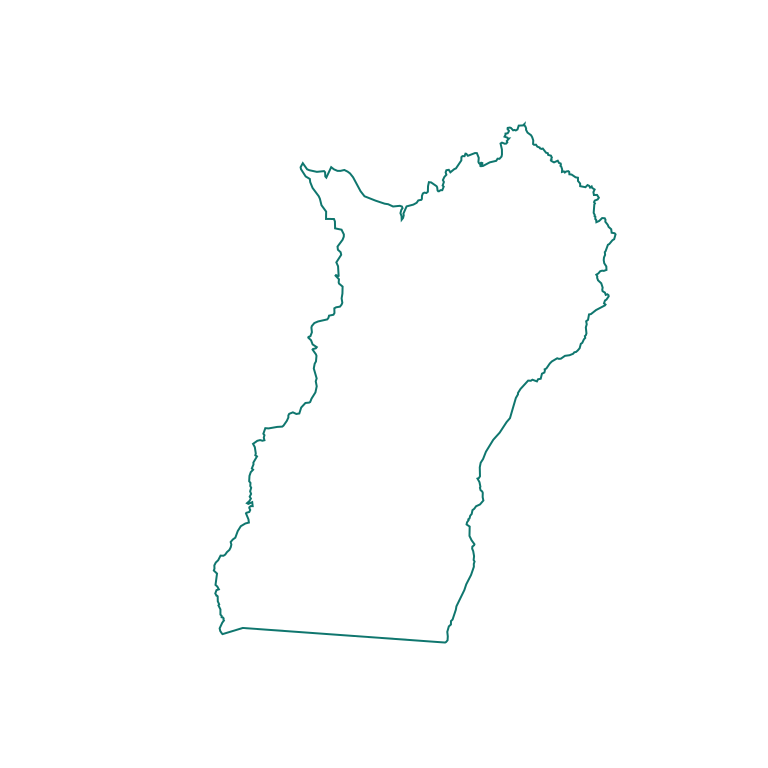 Datem del Marañon, Loreto, Peru (Robinson projection), rotated 205°
{"feature_id": "86281439B19525046252167", "entity_name": "Datem del Marañon", "entity_type": "district", "adm_level": 2, "iso_a3": "PER", "parent_name": "Peru", "parent_adm1": "Loreto", "projection": "robinson", "projection_center": [-76.806, -4.129], "detail": "fine", "context": "isolated", "style": "outline", "palette": "teal", "viewbox_px": 768, "rotation_deg": 205, "n_neighbors": 0, "source": "geoboundaries", "source_scale": "gbopen_adm2", "svg_char_len": 6161}
<svg xmlns="http://www.w3.org/2000/svg" viewBox="0 0 768 768"><g transform="rotate(205 384 384)"><path d="M458.2,302.4L462.6,300.0L469.8,295.0L472.9,293.8L472.3,287.9L470.7,287.1L470.3,284.6L468.6,282.5L470.2,281.2L472.6,280.8L474.8,279.0L477.4,274.4L474.4,272.2L470.8,266.8L470.5,265.0L468.5,264.7L469.2,257.6L468.3,256.0L468.1,251.6L466.4,251.0L467.5,247.8L467.1,243.9L465.1,238.9L463.2,237.9L462.1,235.0L460.5,233.8L460.0,230.2L458.0,228.2L458.1,225.1L456.2,223.9L456.6,220.8L457.8,218.1L456.3,218.0L453.5,221.2L451.4,217.8L453.2,217.0L453.9,215.6L453.8,214.8L452.0,213.3L452.0,211.1L454.3,209.1L454.4,208.4L449.6,204.0L447.9,201.3L450.7,199.0L453.7,194.6L454.4,188.9L453.8,181.9L455.3,179.2L456.2,176.0L454.5,174.0L453.9,171.2L454.0,168.3L455.3,165.2L455.8,162.3L456.9,160.5L459.6,159.4L459.8,154.2L461.0,151.1L461.1,147.9L459.6,145.0L459.4,143.0L455.2,141.6L451.8,130.7L449.5,130.0L446.9,128.1L448.7,126.4L448.4,122.9L446.3,121.3L445.6,121.6L444.9,121.1L442.8,116.8L440.2,114.6L440.5,113.4L437.0,110.6L434.8,105.9L433.1,105.2L432.6,104.0L431.3,104.3L430.3,103.8L429.8,102.4L429.1,102.0L429.7,99.4L429.7,93.1L428.0,90.9L425.3,89.3L424.6,89.1L408.9,103.2L227.2,172.5L219.4,175.5L218.7,176.4L218.1,178.6L219.5,182.2L221.9,186.1L222.8,191.7L221.7,194.3L223.1,197.4L222.3,199.5L223.5,209.8L224.4,213.1L224.1,231.2L224.8,237.2L224.4,247.7L225.3,256.3L226.6,258.9L226.9,261.4L228.4,262.4L229.6,266.0L232.5,270.2L234.5,272.0L235.2,274.0L234.2,276.0L234.3,277.0L238.6,279.4L242.3,282.4L246.1,291.0L249.8,291.6L250.3,293.7L249.8,296.4L250.4,297.0L249.7,298.3L250.2,301.1L249.6,303.2L250.5,307.1L249.5,309.0L248.9,312.1L246.1,315.4L244.7,320.4L246.8,323.2L248.5,327.1L249.6,328.1L251.6,328.6L253.2,330.5L253.2,331.6L256.0,335.4L259.3,337.8L258.3,338.8L258.0,340.9L262.0,349.0L263.1,353.5L262.5,357.9L263.0,365.7L261.4,379.7L258.6,388.8L256.8,401.3L255.4,406.3L258.6,427.1L258.2,431.3L258.8,432.4L258.2,437.2L254.8,448.0L252.3,449.0L251.3,450.6L246.5,451.0L246.4,453.4L244.2,455.0L245.2,460.1L243.5,462.2L243.9,464.3L244.6,465.2L243.4,466.7L242.4,472.7L241.4,475.4L237.9,480.5L236.1,480.7L234.4,481.7L231.9,486.0L228.0,488.5L225.4,491.3L224.9,493.2L223.5,494.2L222.6,496.2L221.8,499.1L222.6,503.6L221.7,505.1L221.7,509.0L221.1,510.8L222.2,512.3L221.7,513.5L221.9,515.4L225.0,520.6L225.5,523.8L227.3,526.3L226.2,528.4L227.6,533.7L226.0,534.8L223.1,540.6L217.0,548.6L216.8,549.6L218.7,550.1L219.0,553.1L218.1,554.4L217.4,558.4L218.1,559.4L219.5,559.7L220.7,558.5L222.4,560.2L225.1,560.5L226.0,561.6L226.6,563.8L229.7,567.1L233.8,568.4L235.7,570.3L236.2,571.7L237.8,572.8L236.5,574.7L235.7,577.6L234.2,578.9L232.6,579.4L230.6,581.4L232.2,584.5L235.4,586.5L237.2,589.1L238.1,591.6L238.2,594.5L239.6,596.8L239.3,598.0L239.9,604.8L239.0,606.0L237.7,610.9L236.6,612.5L237.4,617.5L238.7,618.1L241.6,617.3L243.5,620.3L246.8,621.3L248.6,622.9L252.0,624.6L252.7,626.5L254.0,627.5L256.4,626.6L257.9,622.7L259.9,620.4L261.1,622.4L262.2,622.8L263.2,625.0L264.1,625.1L264.5,626.3L266.3,627.7L269.3,635.7L269.1,636.8L270.5,637.6L270.5,639.3L268.4,641.5L268.0,643.6L270.8,645.4L273.6,644.0L275.3,646.4L275.3,649.3L278.2,649.7L279.3,650.8L280.2,649.1L281.8,650.3L283.6,650.3L284.6,647.5L289.8,646.2L291.0,648.6L294.0,650.0L295.4,652.9L297.7,652.3L302.5,653.1L304.6,652.4L305.8,654.5L306.9,654.8L308.7,653.6L309.5,652.1L310.9,652.7L312.3,651.4L313.3,653.9L315.4,656.1L316.3,656.3L316.5,657.8L317.1,658.5L318.8,658.3L320.9,659.8L323.6,656.7L326.7,656.9L327.4,657.4L327.1,658.5L327.7,659.3L327.6,660.2L329.2,661.5L332.0,661.0L333.1,662.4L334.9,662.1L339.6,664.5L340.6,663.6L342.3,663.5L342.9,664.1L345.3,663.9L347.4,665.1L349.1,664.2L350.3,664.5L351.7,667.9L354.0,670.3L355.8,671.6L360.2,672.5L362.7,674.4L363.2,675.7L364.9,677.3L366.3,677.6L366.6,678.9L367.3,677.1L371.1,675.1L370.6,671.1L371.7,669.5L373.1,669.4L374.2,668.5L377.1,669.7L378.3,669.6L380.1,668.4L379.8,667.3L377.8,666.3L377.6,665.5L377.9,663.5L379.7,662.3L379.2,661.2L379.3,659.1L376.3,659.4L375.4,658.8L374.5,659.3L375.4,656.1L374.4,655.2L374.8,653.6L376.1,652.8L379.1,652.6L380.0,651.2L376.2,646.3L374.1,641.9L373.6,639.8L374.5,636.9L376.3,636.2L376.6,633.7L381.8,629.6L386.4,623.5L388.3,622.3L388.9,622.4L389.0,623.4L387.9,624.9L388.3,625.8L389.5,625.6L390.4,624.0L391.3,624.3L392.3,625.2L393.7,629.0L397.4,632.5L399.1,631.8L404.4,626.3L406.7,627.4L407.5,627.2L407.3,624.5L409.2,623.7L409.7,622.3L408.4,619.3L409.9,609.8L411.1,608.5L413.3,603.9L415.8,605.5L417.8,604.1L417.6,601.9L415.9,600.0L416.8,597.1L416.8,593.7L415.1,592.4L414.7,588.6L413.3,588.1L413.1,584.3L414.7,583.5L415.6,581.9L416.3,581.6L417.2,582.0L419.0,584.8L420.0,585.5L426.5,586.6L428.6,585.9L427.7,581.9L425.5,576.8L426.3,575.0L428.3,574.5L429.3,573.1L429.1,570.5L427.9,567.8L428.0,566.7L430.5,564.9L431.0,562.0L433.2,559.0L438.6,554.5L438.4,546.6L437.4,545.2L436.9,542.5L437.4,540.4L439.0,543.5L441.3,545.8L441.9,549.2L441.5,551.2L442.7,552.4L444.9,552.2L450.8,548.7L456.2,548.7L459.6,547.7L469.2,546.6L481.0,545.9L486.7,548.8L499.4,558.3L503.8,560.5L506.7,561.1L510.4,561.2L513.6,558.7L516.3,557.5L520.1,557.4L523.5,558.2L523.5,546.7L524.9,547.3L526.9,551.0L528.3,551.6L534.5,547.9L542.0,546.2L544.4,546.1L550.9,549.8L551.2,545.2L550.0,543.6L542.7,539.0L537.9,538.5L536.2,535.8L531.6,531.5L522.5,526.6L520.4,524.8L516.2,519.6L509.3,515.8L506.3,509.1L499.1,512.4L497.2,510.6L494.1,504.4L487.7,505.9L483.6,502.6L482.7,500.5L482.5,497.2L484.2,488.9L482.5,486.2L479.0,485.1L477.4,483.0L478.6,474.1L475.4,471.3L470.8,462.8L471.1,462.4L473.5,462.4L473.7,461.7L469.1,459.9L468.0,456.9L467.2,456.0L462.7,454.8L459.9,448.4L458.6,443.7L456.1,440.0L456.0,438.0L456.6,435.5L459.8,433.3L461.0,431.6L458.9,427.4L459.1,425.4L462.7,422.7L462.3,420.5L462.7,418.6L470.2,412.8L472.9,409.8L473.9,406.0L473.6,404.4L471.2,400.4L470.9,396.2L472.3,394.8L472.2,394.0L468.6,392.8L465.4,389.7L460.5,389.0L460.8,387.6L463.2,385.6L463.3,385.0L458.2,382.1L457.1,381.0L455.2,375.7L455.4,373.1L454.2,368.4L447.4,360.6L447.0,357.6L444.0,353.5L442.6,347.4L443.5,340.1L443.3,336.5L444.0,335.5L447.2,333.6L449.1,327.7L448.3,321.5L450.8,319.8L454.6,319.8L457.3,316.9L457.4,315.1L456.5,313.2L456.5,309.5L457.5,303.8L458.2,302.4Z" fill="none" stroke="#0f766e" stroke-width="2"/></g></svg>